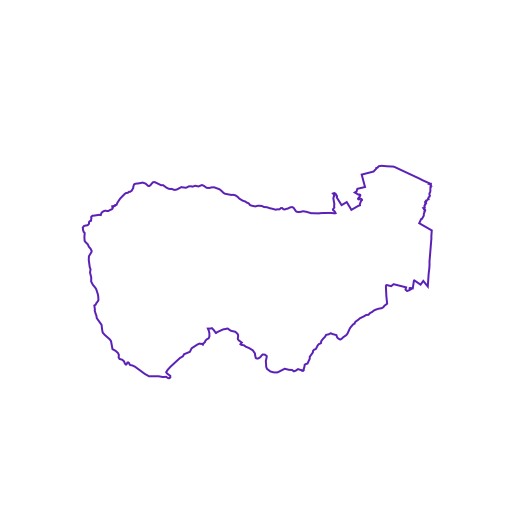 Margina, Timis, Romania (Mercator projection), rotated 219°
{"feature_id": "2599482B95910170912575", "entity_name": "Margina", "entity_type": "district", "adm_level": 2, "iso_a3": "ROU", "parent_name": "Romania", "parent_adm1": "Timis", "projection": "mercator", "projection_center": [22.319, 45.898], "detail": "fine", "context": "isolated", "style": "outline", "palette": "violet", "viewbox_px": 512, "rotation_deg": 219, "n_neighbors": 0, "source": "geoboundaries", "source_scale": "gbopen_adm2", "svg_char_len": 6107}
<svg xmlns="http://www.w3.org/2000/svg" viewBox="0 0 512 512"><g transform="rotate(219 256 256)"><path d="M331.6,283.1L333.5,281.6L335.1,279.5L336.6,278.3L337.6,277.9L340.8,277.7L342.7,277.1L344.5,273.8L347.5,272.3L348.9,270.0L350.7,269.1L352.1,267.7L353.1,265.4L353.6,264.8L357.4,262.5L359.3,258.0L360.3,256.7L361.2,255.9L363.7,255.1L365.4,253.7L366.6,253.2L369.1,252.7L372.7,252.6L374.3,251.3L381.2,249.7L382.4,248.6L382.6,246.9L382.6,244.5L383.0,243.3L383.3,242.9L384.0,242.6L387.3,242.8L390.3,241.7L392.7,238.8L394.8,236.7L395.7,235.4L395.7,234.6L394.9,232.5L394.2,231.6L393.7,228.4L394.3,226.6L395.1,226.0L395.4,224.4L396.6,223.2L397.1,221.6L397.7,215.2L397.3,210.4L396.6,208.0L396.9,207.5L397.5,207.0L397.3,206.5L397.8,205.8L397.4,205.7L397.5,205.5L399.0,204.2L398.5,203.7L397.9,204.2L397.7,203.1L397.3,202.6L397.5,201.5L398.4,199.9L399.0,198.2L399.9,197.3L401.5,196.5L402.5,195.2L403.1,193.5L403.2,192.2L402.4,190.1L403.9,189.2L407.5,185.2L408.2,184.7L408.7,183.4L408.7,182.8L408.6,182.5L407.8,182.0L407.2,180.7L406.5,179.8L406.4,179.4L407.1,178.4L407.2,177.8L407.1,177.3L406.2,176.1L406.0,175.2L406.4,173.7L407.8,172.2L408.6,170.9L408.5,169.1L406.7,167.3L404.9,166.2L403.9,166.2L403.4,165.8L401.2,162.6L398.7,159.9L397.1,159.5L394.1,159.2L391.7,158.0L389.3,157.6L386.9,156.5L386.4,155.7L385.7,150.7L383.5,147.7L378.3,142.8L376.2,141.5L374.6,138.7L370.6,135.7L368.0,132.4L364.8,131.0L360.9,130.2L359.2,129.6L354.5,126.5L353.4,125.5L351.5,123.5L350.7,122.5L350.4,120.8L350.4,118.9L350.0,117.2L350.5,115.8L347.7,113.2L346.9,112.0L343.8,109.9L342.8,109.4L340.6,107.5L332.7,105.3L329.0,101.7L326.9,100.0L324.0,99.5L317.3,99.2L315.1,98.6L308.9,93.3L305.7,93.9L302.4,93.8L300.4,92.9L299.0,90.8L297.3,90.1L294.7,91.2L292.3,91.1L290.2,89.9L288.7,89.8L288.5,90.8L288.9,92.3L288.3,92.9L287.2,92.9L286.1,92.2L285.1,92.1L283.3,93.1L280.5,93.8L268.2,94.4L263.5,95.2L256.1,101.2L252.1,103.4L249.9,105.5L247.5,105.8L246.5,106.4L246.2,107.7L247.2,108.9L251.2,108.7L252.7,109.2L253.0,111.9L252.8,115.9L250.9,128.9L249.7,132.0L250.1,134.4L247.1,139.9L247.9,143.6L247.7,144.6L245.8,150.4L244.6,152.6L243.6,152.9L242.7,153.8L241.5,153.7L241.8,155.1L241.5,156.9L242.0,158.4L241.8,160.3L241.0,162.1L241.6,164.2L243.6,166.6L245.6,168.2L247.7,169.3L245.6,171.1L244.8,172.2L242.0,171.8L238.7,170.9L238.4,171.3L238.4,172.1L235.9,177.2L235.2,178.5L233.2,180.7L232.9,181.4L232.0,181.9L229.8,181.9L228.2,182.2L224.4,184.1L221.5,183.9L220.3,183.4L219.3,182.3L218.3,180.5L217.6,179.9L216.3,179.6L212.5,179.8L212.6,177.7L211.5,177.7L209.2,179.0L206.9,179.1L203.4,180.1L199.1,180.7L195.5,179.6L194.2,178.3L192.0,176.6L191.2,176.7L190.2,177.3L189.7,178.0L189.0,180.0L189.0,182.5L188.8,183.7L187.1,184.9L184.8,185.0L184.1,184.2L182.3,180.6L178.2,176.2L176.4,175.2L172.2,175.3L169.0,176.7L166.3,178.8L165.6,180.0L162.7,186.5L158.9,188.2L156.3,190.1L154.0,190.2L153.0,191.8L152.2,194.5L149.4,195.6L147.8,196.5L147.4,196.6L147.4,196.1L147.2,196.2L147.0,197.2L148.1,198.8L148.4,199.9L149.7,202.1L149.4,203.2L148.3,204.8L149.6,210.0L150.8,211.5L151.1,216.8L151.8,217.9L152.0,218.6L151.8,219.9L151.1,221.1L151.0,221.8L151.6,224.3L151.8,226.2L151.6,227.3L150.9,228.6L150.7,229.3L151.7,230.8L151.8,233.7L151.5,236.6L151.9,238.8L150.2,240.9L149.3,243.0L147.7,243.4L143.7,245.1L141.9,243.9L140.6,243.6L138.1,244.0L137.7,244.6L137.3,245.9L137.1,247.7L136.1,251.1L136.0,252.2L136.2,253.8L137.5,258.8L137.6,260.0L137.5,264.0L136.8,265.5L137.2,266.2L137.3,267.6L136.3,271.3L136.1,272.9L134.2,276.9L133.3,279.5L131.6,281.1L131.5,283.3L130.4,286.0L130.1,287.7L129.4,289.3L127.4,292.4L125.8,294.1L125.1,295.5L124.8,296.4L124.9,298.1L124.1,301.2L124.2,301.6L129.2,306.6L135.4,313.5L136.2,314.6L136.5,316.2L136.2,315.7L132.0,317.6L131.3,320.7L119.6,326.1L118.8,324.1L118.5,323.9L116.5,323.9L115.3,326.0L114.6,327.8L115.1,328.0L115.8,327.2L116.2,327.4L116.4,327.8L116.1,328.2L113.8,329.5L117.8,336.3L117.6,336.7L110.1,337.3L110.3,341.9L103.3,340.4L110.6,350.8L113.7,355.7L116.0,358.9L117.5,360.6L130.8,380.1L132.1,381.6L135.5,386.5L149.8,384.2L150.9,388.7L150.4,389.4L151.0,392.9L152.2,394.6L152.5,395.9L153.1,396.5L153.0,397.3L153.3,398.1L153.5,398.2L153.9,397.8L154.3,398.1L154.7,398.0L155.7,398.4L155.1,398.7L155.1,399.0L155.7,399.2L155.5,400.0L156.6,400.7L156.6,401.5L157.0,402.1L156.8,402.6L157.7,403.6L157.0,403.6L157.0,403.9L157.8,404.0L157.7,404.4L158.2,404.6L158.1,405.3L158.6,405.3L158.7,406.1L158.3,406.4L157.9,408.5L158.3,408.6L158.4,409.0L158.1,409.1L158.5,409.4L158.8,410.4L158.5,411.3L158.9,412.4L159.7,412.7L160.6,413.8L160.8,415.1L161.4,416.2L163.8,419.3L163.9,419.6L163.7,419.8L164.5,420.5L164.2,420.8L165.3,421.2L165.3,422.0L165.5,422.2L166.1,421.7L166.1,421.3L166.4,421.1L166.6,421.3L167.0,421.0L167.1,421.6L174.2,419.7L177.3,419.1L204.3,412.4L205.7,411.8L209.9,408.7L215.2,405.1L217.0,403.1L217.2,402.5L217.1,401.3L217.4,400.7L217.9,400.2L217.5,399.5L217.8,395.6L225.1,385.8L214.7,378.2L219.5,372.0L218.5,369.5L219.2,367.5L214.8,368.2L214.2,369.0L213.5,369.1L213.0,368.7L212.9,368.2L212.8,366.9L212.8,364.8L212.4,364.5L211.8,364.6L211.5,364.9L211.3,366.0L211.0,366.3L209.6,366.6L209.0,366.4L208.8,366.0L209.1,364.9L208.8,364.4L208.5,363.2L208.3,362.8L208.1,362.0L207.1,360.8L208.0,359.5L210.9,351.9L219.4,355.0L221.5,349.4L230.0,352.3L230.7,353.5L233.2,354.4L234.7,354.3L235.5,353.0L234.1,352.8L233.2,351.9L232.9,351.9L232.8,350.7L232.1,349.4L227.7,345.6L227.4,344.9L226.0,343.2L225.6,342.9L225.6,341.1L225.4,340.4L224.9,340.2L223.2,340.2L221.1,339.4L221.2,339.2L221.7,339.1L221.8,338.6L225.2,336.4L232.1,330.6L234.2,328.5L240.2,323.9L244.6,322.1L247.6,320.4L249.2,318.3L250.7,316.8L252.3,316.0L253.1,315.9L257.1,317.1L258.7,316.8L259.9,315.5L261.3,312.6L262.2,311.6L262.9,310.3L264.0,309.6L265.9,309.7L266.8,308.9L266.9,308.1L267.2,307.0L268.8,305.7L269.8,304.4L273.9,302.6L275.1,301.9L278.2,300.8L280.6,299.1L282.8,298.6L285.4,296.9L286.7,295.6L287.6,294.2L290.1,292.8L292.6,291.8L293.0,291.8L294.2,292.3L295.3,292.2L296.8,291.7L298.6,291.6L301.3,290.6L305.1,290.1L307.4,290.4L310.1,290.2L312.0,289.3L313.8,287.8L319.2,284.9L320.9,284.6L323.9,284.9L326.3,284.9L331.6,283.1Z" fill="none" stroke="#5b21b6" stroke-width="2"/></g></svg>